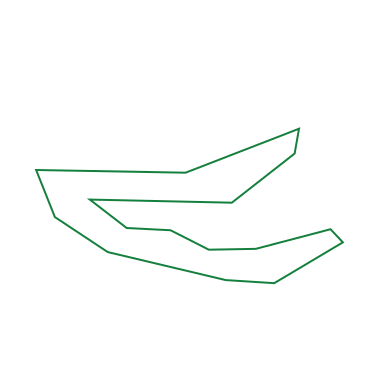 SVG path tracing the border of British Indian Ocean Territory, rotated 100°
{"feature_id": "IOT", "entity_name": "British Indian Ocean Territory", "entity_type": "country or territory", "adm_level": 0, "iso_a3": "IOT", "parent_name": "Seven seas (open ocean)", "parent_adm1": "", "projection": "equal_earth", "projection_center": [72.449, -7.328], "detail": "fine", "context": "isolated", "style": "outline", "palette": "green", "viewbox_px": 384, "rotation_deg": 100, "n_neighbors": 0, "source": "natural_earth", "source_scale": "50m", "svg_char_len": 365}
<svg xmlns="http://www.w3.org/2000/svg" viewBox="0 0 384 384"><g transform="rotate(100 192 192)"><path d="M265.8,264.5L240.5,322.7L197.4,349.3L174.1,201.7L111.1,97.6L136.3,97.6L195.6,150.9L217.2,291.3L238.8,250.1L233.4,206.5L245.9,165.4L236.9,119.3L204.6,49.1L215.4,34.7L267.5,95.2L272.9,143.6L265.8,264.5Z" fill="none" stroke="#15803d" stroke-width="2"/></g></svg>